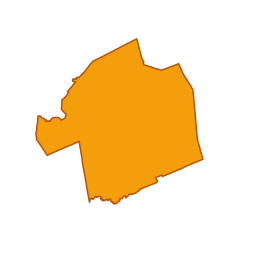 the district of Sarbeni, Teleorman, Romania, rotated 128°
{"feature_id": "2599482B36537756956873", "entity_name": "Sarbeni", "entity_type": "district", "adm_level": 2, "iso_a3": "ROU", "parent_name": "Romania", "parent_adm1": "Teleorman", "projection": "equal_earth", "projection_center": [25.419, 44.486], "detail": "fine", "context": "isolated", "style": "filled", "palette": "amber", "viewbox_px": 256, "rotation_deg": 128, "n_neighbors": 0, "source": "geoboundaries", "source_scale": "gbopen_adm2", "svg_char_len": 5593}
<svg xmlns="http://www.w3.org/2000/svg" viewBox="0 0 256 256"><g transform="rotate(128 128 128)"><path d="M199.3,174.8L196.1,173.2L190.8,170.4L183.1,166.1L179.6,164.3L176.0,162.2L172.0,160.1L169.6,158.8L168.8,158.1L171.1,155.6L175.0,151.3L175.9,150.4L179.0,146.9L182.3,143.5L183.1,142.8L184.0,141.9L187.5,138.0L189.0,136.3L190.0,135.2L190.6,134.4L191.6,133.3L192.9,131.7L195.6,129.0L199.9,124.2L200.8,123.2L202.6,121.3L203.0,120.8L204.4,119.4L205.0,118.6L206.2,117.1L207.7,115.5L208.6,114.6L209.9,112.9L209.6,112.9L208.7,113.0L208.5,113.3L208.5,113.7L208.5,113.9L208.2,114.0L207.5,114.1L207.1,114.1L206.7,113.8L206.5,113.7L206.5,113.3L206.4,113.2L206.0,113.2L205.8,113.2L205.7,113.1L206.0,112.7L205.9,112.5L205.4,112.5L205.3,112.3L205.3,112.1L205.5,111.7L205.4,111.5L205.2,111.5L205.0,111.9L204.9,111.9L204.5,111.6L204.2,111.5L203.4,111.6L203.1,111.6L202.4,111.5L202.1,111.4L202.0,111.1L202.1,110.5L202.0,110.2L201.9,110.1L201.2,110.2L201.1,109.8L200.7,109.3L199.3,108.2L198.9,107.6L199.0,107.2L199.2,106.8L199.5,106.6L199.9,106.6L200.1,106.5L200.0,106.4L199.9,106.2L199.7,106.0L199.7,105.8L199.7,105.7L200.0,105.7L200.3,105.6L200.5,105.5L200.6,105.4L200.1,105.1L200.0,104.8L200.1,104.7L200.4,104.8L200.5,104.7L200.3,104.2L200.2,104.1L200.3,104.0L200.5,104.0L200.8,104.0L200.9,103.9L201.0,103.8L200.9,103.7L200.3,103.3L200.2,103.2L200.6,102.9L200.6,102.7L200.1,102.0L199.9,101.9L199.6,101.8L199.2,101.9L198.9,101.8L198.7,101.6L198.5,101.2L196.9,100.4L196.7,100.3L196.7,100.2L197.3,99.7L197.5,99.5L197.4,99.3L197.1,99.0L197.0,98.9L196.6,99.1L196.3,99.1L196.1,99.1L195.6,98.8L195.1,98.5L195.0,98.4L194.9,98.3L195.0,97.9L195.0,97.4L195.3,97.2L195.6,97.3L195.8,97.3L196.0,97.2L195.8,96.9L195.7,96.7L195.9,96.4L196.1,96.3L196.3,96.2L196.2,95.8L196.2,95.5L196.2,95.2L196.3,94.9L196.4,94.4L196.3,94.2L195.7,94.0L195.6,93.9L195.8,93.5L196.4,93.0L196.4,92.8L196.4,92.7L196.0,92.7L195.9,92.6L196.1,92.0L196.0,91.8L195.7,91.5L194.9,91.0L194.2,90.5L194.0,90.4L193.8,90.4L193.4,90.6L192.9,90.5L192.7,90.5L192.4,90.2L191.9,90.0L190.1,89.8L190.1,90.4L189.5,90.8L189.1,91.0L188.9,91.0L188.7,90.9L188.6,90.7L188.5,90.3L188.4,90.1L187.6,89.6L187.2,89.1L186.9,88.9L186.6,89.0L185.7,89.3L184.9,89.4L184.2,89.3L183.9,89.2L183.6,89.0L183.5,88.8L183.3,88.5L183.3,88.3L183.4,88.1L184.0,87.8L184.1,87.6L184.2,87.4L184.3,87.0L184.2,86.8L184.0,86.6L183.2,86.5L183.1,86.4L182.5,86.3L182.3,86.2L182.0,86.3L181.0,86.0L180.5,86.1L180.1,86.3L179.4,86.2L179.0,85.7L178.7,85.2L177.7,83.9L177.4,83.7L176.9,83.5L175.5,82.7L174.6,82.1L173.6,81.7L172.9,81.6L172.5,81.5L172.2,81.3L171.6,80.7L171.4,80.7L170.8,80.9L170.5,81.0L170.2,80.9L169.9,80.7L169.3,80.5L168.5,80.3L168.2,80.2L168.0,80.3L167.8,80.4L163.8,77.9L155.7,73.2L154.7,72.6L153.4,72.0L152.4,71.8L152.1,71.8L151.8,71.9L151.6,72.1L150.1,75.7L148.6,74.9L147.8,74.3L145.9,73.1L144.5,72.5L144.3,72.3L144.3,72.2L144.3,71.9L144.8,71.3L144.9,71.1L144.9,70.9L144.7,70.8L127.9,61.4L124.5,59.6L123.4,59.2L122.5,58.7L114.8,54.5L111.2,52.3L106.3,49.8L104.7,52.0L102.3,55.4L101.7,56.3L100.6,57.8L99.5,59.2L99.0,59.8L97.9,61.3L94.7,65.7L93.6,67.0L93.2,67.3L88.7,71.6L87.4,72.7L86.6,73.6L84.1,75.9L81.9,78.0L80.3,79.3L78.7,80.8L77.2,82.3L73.4,85.7L72.3,86.9L70.9,88.2L67.6,91.2L67.5,91.4L67.2,91.8L65.9,92.8L63.5,95.1L62.7,95.8L61.8,96.7L61.2,97.2L59.6,98.9L58.1,100.2L57.7,100.8L57.4,101.8L55.8,105.4L55.7,105.8L54.9,108.0L54.4,109.7L53.8,111.1L53.6,111.7L53.0,113.5L52.8,114.0L52.4,115.0L51.9,116.4L51.5,117.5L51.4,117.7L51.3,117.9L50.8,119.0L50.0,120.7L48.8,122.8L48.2,123.9L46.7,126.6L46.1,127.6L50.4,130.1L59.3,135.6L59.8,135.9L61.9,137.2L62.7,139.3L63.2,140.4L63.5,141.3L63.8,141.9L64.0,142.3L64.7,144.1L64.8,144.7L65.1,145.3L65.4,146.7L65.5,147.2L65.7,147.7L66.0,148.0L66.4,149.1L66.6,149.9L67.0,150.9L67.4,151.7L68.5,154.6L67.7,155.8L67.6,156.0L67.2,155.8L66.5,155.8L66.2,156.5L65.6,157.4L65.5,157.6L65.1,159.0L64.3,160.2L64.1,160.6L64.0,160.8L60.2,165.8L57.3,169.5L54.0,173.8L52.4,175.9L53.2,176.4L57.6,178.5L61.4,180.2L61.9,180.6L62.1,180.9L62.6,180.8L63.8,181.3L73.3,185.7L77.3,187.4L79.2,188.4L81.8,189.5L85.0,191.1L86.1,191.5L90.9,193.8L96.0,196.3L97.0,196.6L97.8,196.8L103.5,197.0L110.3,196.9L112.7,197.1L113.1,197.2L113.6,197.3L118.4,197.7L119.3,199.4L120.4,199.0L120.6,199.4L121.2,199.1L121.3,199.4L121.8,199.3L123.0,201.5L124.7,200.9L124.7,200.7L125.0,200.4L125.2,200.1L125.0,199.5L124.6,198.7L124.0,197.7L125.9,197.7L136.6,198.1L136.7,197.0L136.8,196.5L137.4,196.5L139.5,196.6L140.7,196.5L143.8,196.7L144.7,196.8L145.9,197.4L146.2,197.4L146.7,197.1L151.2,194.0L153.8,192.3L154.1,192.0L154.4,191.7L155.1,187.5L155.3,186.5L155.4,185.8L155.4,185.1L155.9,184.9L158.5,183.9L158.8,183.8L159.2,183.8L159.4,183.9L160.4,184.4L161.7,184.9L162.1,185.1L162.5,185.4L163.1,185.6L162.7,186.7L162.6,187.1L162.5,188.6L162.5,188.9L162.6,189.1L162.7,189.4L163.0,189.9L164.7,192.0L165.3,192.6L165.6,192.8L165.9,193.6L166.1,193.6L166.4,193.5L166.8,193.5L168.1,194.0L168.6,194.1L168.9,193.8L169.2,193.8L169.9,193.8L170.0,193.7L170.3,193.5L171.5,195.0L172.1,195.3L172.5,195.6L172.5,195.9L172.1,196.9L172.0,197.4L173.2,197.3L172.9,197.8L172.7,198.4L172.3,199.0L172.2,199.2L172.3,199.6L172.6,200.0L172.5,200.4L172.5,200.5L172.6,200.9L173.0,201.3L173.1,201.7L173.1,202.0L172.7,202.9L172.7,203.3L172.9,203.8L172.9,204.0L172.7,204.4L172.6,204.6L172.6,205.0L172.8,205.2L173.0,205.1L173.4,205.5L174.3,206.2L174.5,206.0L175.0,205.6L176.6,204.5L180.2,202.2L180.9,201.9L182.9,200.7L183.6,200.4L184.2,200.0L184.5,199.6L186.8,198.2L188.0,197.7L188.9,197.2L189.4,196.8L189.8,196.4L190.0,196.0L192.8,193.5L193.1,193.1L193.7,191.5L199.3,174.8Z" fill="#f59e0b" stroke="#b45309" stroke-width="1.5"/></g></svg>